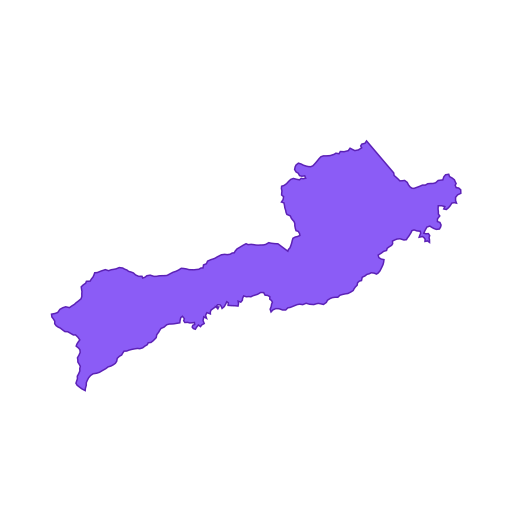 outline of Papanduva, Santa Catarina, Brazil, rotated 68°
{"feature_id": "56859067B63909066295209", "entity_name": "Papanduva", "entity_type": "district", "adm_level": 2, "iso_a3": "BRA", "parent_name": "Brazil", "parent_adm1": "Santa Catarina", "projection": "mercator", "projection_center": [-50.165, -26.513], "detail": "fine", "context": "isolated", "style": "filled", "palette": "violet", "viewbox_px": 512, "rotation_deg": 68, "n_neighbors": 0, "source": "geoboundaries", "source_scale": "gbopen_adm2", "svg_char_len": 5920}
<svg xmlns="http://www.w3.org/2000/svg" viewBox="0 0 512 512"><g transform="rotate(68 256 256)"><path d="M308.4,90.0L305.8,89.0L303.9,88.7L302.1,87.3L299.8,87.8L299.0,90.2L297.7,91.9L295.7,89.8L293.2,86.7L293.4,83.6L295.0,82.5L297.0,80.9L298.9,78.8L299.7,75.8L298.2,73.9L296.6,72.8L293.8,72.9L292.0,74.9L289.5,73.8L287.7,70.6L285.4,71.2L283.2,70.3L280.6,69.6L277.7,68.2L278.9,65.1L280.9,62.4L282.7,64.3L284.2,62.1L283.4,59.6L282.3,57.4L280.3,54.6L280.8,52.2L282.1,50.3L279.4,50.2L276.4,49.0L274.8,46.2L274.6,42.6L271.3,41.4L268.9,42.6L267.6,44.8L265.0,44.8L263.8,43.3L261.9,43.5L259.7,43.5L257.2,44.9L254.9,46.8L252.4,46.7L251.7,49.8L252.9,52.1L255.4,54.3L254.2,58.8L255.4,62.0L255.1,64.6L254.1,67.2L253.3,69.7L253.7,72.4L252.6,75.2L252.7,78.0L252.6,81.3L252.5,84.2L251.6,86.0L249.6,87.3L247.2,88.0L244.4,88.2L241.6,89.9L241.0,92.3L240.2,94.5L238.1,95.3L235.4,96.6L233.1,97.8L230.5,97.2L190.7,110.4L192.3,112.7L191.9,116.0L193.2,117.7L195.3,117.5L196.0,121.4L195.3,124.9L193.4,126.6L191.3,128.4L192.9,131.0L192.3,135.3L190.7,138.7L192.3,140.7L190.6,143.4L191.0,145.4L190.7,149.6L189.6,153.0L188.4,156.0L188.3,158.7L189.4,161.1L190.8,163.6L191.8,165.5L192.8,167.5L193.7,169.5L193.7,171.8L192.8,173.8L191.6,175.6L189.6,178.0L187.6,179.7L185.8,181.9L186.6,184.7L188.0,186.3L190.3,187.8L193.0,187.4L195.1,185.8L197.8,185.5L199.2,183.6L199.9,180.8L202.5,180.8L202.0,183.4L200.9,185.0L201.7,187.1L200.1,189.6L198.1,192.3L198.0,195.1L199.0,197.7L200.4,200.6L201.1,203.6L200.9,206.1L203.0,207.2L205.4,207.6L207.1,208.5L209.0,209.4L211.3,208.2L213.8,209.7L215.5,212.2L217.2,210.2L219.6,210.6L222.0,211.2L224.8,211.4L226.8,211.8L229.0,211.8L231.6,209.2L234.4,209.1L236.4,208.5L238.3,207.8L240.5,207.9L242.6,208.7L245.2,209.2L247.5,209.4L249.0,207.6L251.4,207.2L253.4,207.6L253.5,210.1L253.1,212.5L253.4,215.1L255.1,216.5L257.4,218.1L259.4,219.8L261.2,221.5L262.1,223.5L263.5,224.7L252.9,231.1L251.5,234.1L249.8,237.2L248.4,239.2L248.9,242.6L248.5,245.1L247.5,247.7L246.8,249.9L245.8,252.0L244.6,253.9L243.4,256.1L242.5,259.1L240.9,260.6L241.2,263.8L241.9,268.1L242.3,270.9L243.6,273.4L244.9,275.0L244.3,277.0L244.7,279.3L244.0,282.1L242.7,284.5L241.9,287.6L242.3,292.4L242.7,294.6L242.7,296.6L242.5,299.0L242.6,302.8L244.6,304.9L244.6,308.0L247.2,309.6L246.5,311.6L246.9,314.0L246.2,316.3L245.6,318.6L244.6,320.9L243.6,323.2L241.9,325.4L240.5,327.7L239.4,329.9L240.0,333.0L240.2,335.9L240.0,339.0L240.3,342.2L240.7,345.8L240.1,347.8L239.3,349.8L238.1,353.2L237.6,355.8L236.7,358.2L234.1,361.3L233.4,364.6L234.1,366.9L234.0,369.3L232.1,369.3L230.9,372.4L228.4,374.8L225.8,376.0L224.1,377.8L222.5,379.9L220.7,380.9L218.9,382.8L217.2,384.1L215.5,387.1L215.5,390.6L215.0,393.2L214.5,395.4L214.4,398.2L212.2,400.8L211.9,405.2L211.9,409.4L211.1,411.8L212.7,413.2L214.3,414.8L215.8,417.4L217.2,419.3L215.9,422.7L217.4,424.1L218.1,427.1L219.1,429.6L221.5,430.2L223.8,430.7L225.6,431.6L228.2,432.6L230.1,434.2L231.2,437.5L232.0,440.5L232.8,442.4L233.3,445.4L234.0,448.3L231.8,451.5L231.6,454.5L232.0,457.8L234.1,461.0L234.0,463.8L233.3,467.4L236.1,468.1L238.2,467.5L241.0,467.0L243.4,468.0L245.8,467.4L247.8,466.1L249.5,464.5L252.4,462.8L254.5,461.5L255.7,458.9L258.9,456.4L260.8,454.9L261.5,452.9L264.7,451.5L267.8,450.8L269.2,453.2L270.7,455.2L272.2,456.5L274.9,455.0L276.9,454.4L279.5,455.1L281.8,457.5L283.5,459.7L285.5,460.1L287.6,460.9L290.0,460.5L292.4,460.2L294.4,461.6L296.6,462.4L298.8,464.6L300.5,466.7L303.0,467.6L304.7,469.1L306.5,470.6L308.8,470.3L310.7,469.2L313.9,467.3L316.8,464.8L314.7,463.7L312.3,461.8L309.9,460.8L308.2,459.1L306.2,456.8L304.8,454.1L304.2,451.1L305.0,447.6L305.2,444.7L304.7,441.5L304.2,437.6L303.4,434.6L303.7,431.8L303.4,429.0L302.8,426.6L301.4,424.6L298.9,423.0L297.8,420.2L297.5,417.7L296.2,416.1L294.8,414.0L295.7,411.5L295.7,409.0L296.1,406.0L296.6,403.4L297.3,400.5L298.4,398.5L298.7,395.5L297.9,392.7L297.5,390.0L296.1,388.5L296.8,385.8L296.1,383.2L295.2,381.1L294.3,379.1L291.8,377.5L290.2,374.8L288.9,373.2L287.6,371.3L287.5,367.9L286.3,364.5L286.6,361.9L287.4,359.8L288.1,357.6L288.7,354.9L289.4,351.7L287.1,350.4L284.9,348.8L284.3,346.8L287.3,345.9L288.9,347.3L291.0,346.9L291.9,344.3L293.3,342.4L294.1,340.0L294.6,338.0L296.5,338.5L296.6,340.6L298.0,341.8L299.8,341.3L301.2,339.7L299.8,337.8L298.4,335.3L300.7,333.9L299.6,332.2L299.2,329.3L296.1,329.3L292.8,327.2L295.3,325.2L292.1,325.0L290.1,322.7L292.6,320.0L290.7,319.3L289.3,317.9L288.5,314.9L288.0,312.1L286.8,309.9L287.8,307.6L289.7,307.1L291.9,307.1L291.0,304.4L289.2,302.1L287.4,300.2L289.0,299.2L291.3,300.4L292.8,297.4L294.4,293.8L295.7,291.4L293.5,290.0L291.2,289.5L293.1,287.4L291.9,285.2L290.2,284.3L288.4,282.4L290.2,280.2L290.9,277.9L291.9,276.0L291.7,273.9L291.9,271.5L292.1,268.9L291.6,265.3L292.8,262.6L295.7,262.3L296.9,260.0L298.9,258.4L301.2,259.4L303.1,258.3L305.0,258.1L306.5,259.6L308.5,260.8L310.6,262.8L313.5,263.0L312.3,260.5L312.2,257.4L313.5,254.4L316.0,251.6L317.2,248.7L316.0,246.0L316.5,243.4L316.5,240.7L316.5,238.1L316.5,236.0L317.0,233.6L318.6,230.9L318.6,227.2L320.8,224.4L322.7,220.6L322.9,217.8L323.3,215.9L324.5,214.0L326.2,211.6L325.4,208.2L323.8,206.3L323.2,203.2L323.2,200.9L323.8,198.4L324.9,195.5L323.8,192.9L324.1,190.1L324.5,187.6L325.2,184.8L324.9,181.4L324.4,178.8L323.1,177.3L321.9,175.4L321.0,173.2L318.8,171.8L318.0,169.5L318.3,167.4L315.5,165.5L315.3,162.4L314.6,160.0L314.9,157.7L314.7,155.4L316.2,152.8L317.9,151.1L317.6,149.2L316.3,146.7L313.5,143.5L311.5,141.4L309.6,140.0L307.3,138.7L305.8,141.0L303.5,142.7L300.9,142.4L300.3,138.8L299.5,135.9L299.8,132.9L298.0,131.5L297.4,129.2L296.9,126.3L295.8,124.7L293.3,123.9L293.1,121.4L293.1,119.0L293.9,116.1L296.6,112.8L297.2,110.4L296.0,108.9L295.0,107.1L293.7,105.3L292.3,103.4L290.9,102.0L291.0,99.7L293.0,97.4L294.6,94.4L296.6,94.8L298.2,96.4L299.7,97.7L300.3,94.4L301.8,93.4L303.8,92.9L305.8,93.9L306.3,91.3L308.4,90.0ZM288.0,312.1L290.7,311.2L289.3,309.6L288.0,312.1Z" fill="#8b5cf6" stroke="#5b21b6" stroke-width="1.5"/></g></svg>